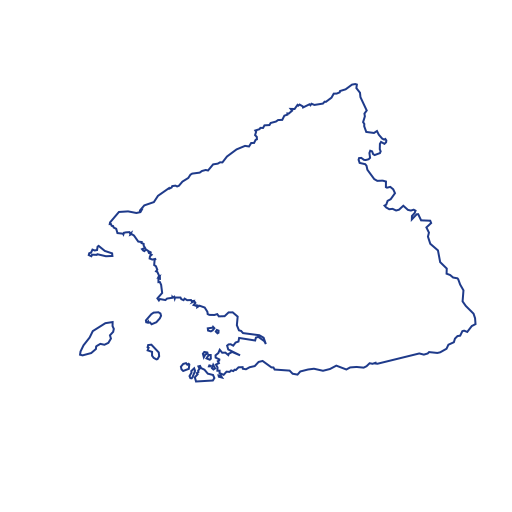 outline of Kota Sorong, Papua Barat, Indonesia, rotated 345°
{"feature_id": "22746128B11366688050704", "entity_name": "Kota Sorong", "entity_type": "district", "adm_level": 2, "iso_a3": "IDN", "parent_name": "Indonesia", "parent_adm1": "Papua Barat", "projection": "mercator", "projection_center": [131.281, -0.866], "detail": "fine", "context": "isolated", "style": "outline", "palette": "blue", "viewbox_px": 512, "rotation_deg": 345, "n_neighbors": 0, "source": "geoboundaries", "source_scale": "gbopen_adm2", "svg_char_len": 6154}
<svg xmlns="http://www.w3.org/2000/svg" viewBox="0 0 512 512"><g transform="rotate(345 256 256)"><path d="M398.7,125.2L396.4,119.8L397.8,116.5L396.4,115.6L393.1,115.3L385.7,118.2L379.9,118.4L379.2,119.6L375.9,120.0L373.1,119.3L369.9,122.6L363.4,125.2L362.2,124.7L360.1,126.1L351.5,125.2L349.0,123.3L347.6,124.5L346.9,123.3L339.9,124.7L339.9,123.6L337.3,121.0L335.7,121.7L335.2,120.8L331.3,124.0L327.6,122.9L328.5,125.0L324.5,126.9L323.2,126.4L322.9,127.6L319.7,127.8L316.6,131.3L312.5,130.4L310.1,131.3L304.6,131.3L302.9,133.0L298.0,132.0L296.0,134.1L293.4,133.4L292.2,134.4L287.8,134.6L288.3,136.0L286.4,139.0L287.6,141.2L287.1,143.5L285.7,143.7L283.4,146.3L280.6,145.6L277.6,148.4L273.9,146.8L264.8,148.0L253.7,152.4L247.8,156.9L245.5,156.2L243.0,156.9L238.3,156.4L231.8,161.0L229.7,159.9L225.8,159.9L223.2,160.9L215.7,159.9L213.7,160.5L210.8,163.1L204.2,165.1L199.7,168.2L197.8,168.4L196.4,167.2L193.2,166.8L192.2,168.0L189.7,168.5L189.6,167.9L176.9,172.5L171.3,177.5L161.2,178.2L155.8,181.9L155.3,183.0L156.7,182.7L155.7,183.7L151.6,183.5L144.0,179.8L135.0,178.0L123.7,185.8L123.0,187.3L124.1,187.5L124.4,189.5L125.7,190.1L125.9,191.7L128.0,193.5L128.1,198.0L133.3,200.0L133.5,200.8L134.4,199.4L136.5,199.5L139.9,200.2L140.2,201.8L141.3,201.4L140.2,202.9L141.6,202.7L143.4,204.6L146.0,211.6L149.2,212.9L148.8,213.9L150.6,215.2L150.2,217.0L150.9,219.4L147.7,219.9L148.5,221.6L149.5,222.4L151.3,221.1L153.1,223.1L153.3,224.8L154.3,224.3L155.2,225.2L154.2,226.2L155.5,227.8L153.5,228.8L152.6,230.9L154.9,232.6L158.7,232.8L157.1,233.4L155.3,238.4L156.7,240.0L157.1,243.7L155.5,244.9L156.6,245.9L157.3,250.0L156.5,250.9L157.5,250.7L157.0,251.3L157.7,251.5L157.3,253.2L155.9,252.6L155.0,256.0L156.4,256.3L156.9,259.3L155.8,267.4L149.8,271.4L150.7,273.8L152.0,272.7L157.1,275.1L159.1,274.1L164.3,274.7L164.6,273.9L164.9,274.6L166.5,274.2L166.5,276.1L167.1,275.2L172.3,276.6L172.7,278.4L174.6,279.9L176.0,278.7L178.1,280.9L181.8,281.7L182.2,283.0L183.8,283.2L182.7,284.1L184.7,283.8L185.3,285.6L183.1,287.2L185.2,288.5L186.3,287.9L185.6,288.8L185.8,288.9L186.3,288.5L186.6,288.6L186.0,290.2L188.6,289.4L193.1,292.5L194.6,297.3L194.3,299.6L195.7,300.8L200.5,302.2L203.5,302.1L204.5,304.7L210.1,306.0L214.9,303.4L218.9,304.4L222.6,309.8L219.6,317.9L220.3,323.4L222.2,324.5L223.5,327.1L238.7,333.4L242.2,336.9L242.7,343.6L242.0,340.4L237.3,334.7L234.8,334.8L233.3,337.4L218.5,330.8L216.9,334.1L213.9,334.3L210.8,336.7L208.7,334.7L206.6,334.3L204.9,335.1L205.0,339.1L214.9,347.8L208.1,342.5L204.4,343.4L203.6,344.5L201.4,341.4L198.3,340.7L196.7,337.2L194.5,340.0L191.2,341.5L190.7,343.7L193.8,346.4L193.4,347.4L191.9,347.7L192.4,349.9L189.2,350.5L190.0,353.7L189.0,356.8L191.1,357.4L190.5,359.7L194.0,362.4L197.6,360.1L200.5,361.1L202.4,360.1L204.3,361.3L205.9,360.3L207.0,360.9L210.3,359.0L214.3,359.9L214.1,361.5L217.0,362.8L221.0,361.8L226.3,362.0L231.1,359.0L235.2,359.1L242.1,367.6L244.0,368.2L244.6,370.5L258.8,375.4L260.9,379.2L265.4,381.3L268.9,379.0L276.9,379.1L282.8,379.9L291.0,384.2L298.2,384.3L305.2,382.7L313.9,389.0L318.1,388.0L324.4,389.2L331.1,391.7L334.2,391.1L338.0,389.0L340.7,390.3L344.9,390.0L342.4,390.3L345.4,391.5L388.5,392.4L392.6,394.7L396.6,394.6L398.3,393.6L406.1,396.6L409.0,396.7L416.0,394.9L418.9,391.5L424.8,390.5L426.8,387.3L429.9,385.5L432.6,385.8L435.9,382.0L437.7,382.0L440.4,384.0L446.3,379.5L450.4,378.6L451.5,372.8L451.2,368.0L445.7,358.5L443.8,353.3L447.5,342.9L445.8,336.4L445.3,330.8L444.8,329.7L440.8,327.8L438.6,324.6L435.5,322.4L437.0,317.5L432.3,309.6L433.2,297.7L427.5,289.3L427.1,281.8L429.1,278.2L428.0,272.5L433.7,269.5L433.4,267.0L424.7,264.3L423.5,257.6L422.0,257.3L416.0,261.0L417.0,257.7L420.4,255.5L421.8,253.5L420.3,252.1L417.4,252.2L414.7,250.8L411.3,245.6L406.1,248.3L403.1,248.3L400.1,245.8L396.8,245.3L394.3,242.8L393.2,240.6L395.1,240.1L397.4,236.8L400.8,236.0L406.5,231.3L405.8,227.1L403.6,224.0L400.2,223.9L399.3,223.1L400.8,217.7L397.9,216.0L392.6,214.8L390.1,212.3L385.9,201.5L386.1,197.5L385.3,195.6L380.2,192.9L380.0,189.6L380.9,188.1L383.1,188.5L385.2,191.1L386.8,191.7L389.8,191.7L391.6,190.7L392.2,185.9L393.6,183.9L395.2,185.0L395.5,187.9L396.7,189.2L402.3,188.7L403.5,187.2L403.2,184.9L404.7,179.8L406.3,178.2L409.1,180.9L411.1,179.8L411.8,178.1L411.2,176.4L409.9,176.7L408.3,175.3L406.0,170.6L405.2,166.6L401.8,167.7L394.6,164.7L394.1,158.6L394.8,156.5L394.1,154.4L397.3,149.3L397.6,146.5L400.6,144.1L398.0,129.6L398.7,125.2ZM93.1,281.9L78.9,286.3L74.2,291.7L66.3,297.6L61.8,302.8L60.5,305.8L62.8,307.1L71.7,307.1L77.3,304.4L78.2,302.0L79.2,301.6L82.9,300.6L86.6,302.5L90.9,301.7L94.5,298.2L94.4,294.8L98.4,292.3L99.8,289.6L99.3,286.6L100.4,282.7L93.1,281.9ZM173.5,347.7L171.8,347.7L172.2,350.4L170.4,351.8L170.3,353.2L168.5,353.8L169.0,355.1L165.5,357.4L165.6,361.7L182.1,365.1L184.2,363.1L183.7,359.8L179.0,357.2L176.8,352.5L174.0,350.1L173.5,347.7ZM106.6,205.5L105.4,206.0L104.0,209.1L101.6,208.9L99.7,207.5L97.6,210.0L95.6,210.2L94.7,211.8L96.9,213.6L98.0,212.3L102.5,213.7L103.2,213.2L111.0,217.4L117.3,218.8L117.7,216.2L111.3,212.0L106.6,205.5ZM142.5,284.2L139.8,285.1L133.0,289.7L132.8,291.6L133.9,292.2L134.9,291.4L134.9,292.6L136.4,292.7L137.5,294.9L142.6,294.2L146.9,291.4L148.8,289.2L148.8,286.8L147.2,285.1L142.5,284.2ZM132.0,314.6L128.8,314.1L127.7,316.1L128.5,316.8L126.9,319.1L130.8,321.7L129.8,325.4L130.8,327.9L133.1,330.1L134.2,330.1L136.5,327.8L137.1,324.0L132.0,314.6ZM160.7,341.4L157.8,341.4L154.8,343.5L154.7,346.2L155.9,348.2L161.9,347.6L163.5,343.5L163.0,342.7L161.5,343.2L160.7,341.4ZM167.4,351.2L167.2,348.5L163.7,350.4L163.5,352.0L160.7,354.8L161.0,357.0L162.2,357.5L163.1,356.9L167.4,351.2ZM195.6,314.0L190.7,313.4L190.4,315.6L192.9,317.1L194.9,316.6L197.1,315.0L196.2,313.3L195.6,314.0ZM185.8,343.5L186.6,339.9L184.7,339.4L181.7,342.1L184.5,344.2L185.8,343.5ZM184.0,336.6L181.2,335.3L179.4,336.7L179.4,340.3L181.5,338.1L184.0,337.7L184.0,336.6ZM185.5,354.6L187.4,354.0L186.5,350.0L184.4,352.9L185.5,354.6ZM199.9,320.4L200.5,318.4L199.0,317.3L197.6,318.6L198.8,320.7L199.9,320.4ZM191.0,362.4L188.9,361.6L188.9,363.0L191.7,364.6L191.0,362.4ZM183.3,350.8L183.7,350.2L182.6,349.6L182.0,350.4L183.3,350.8Z" fill="none" stroke="#1e3a8a" stroke-width="2"/></g></svg>